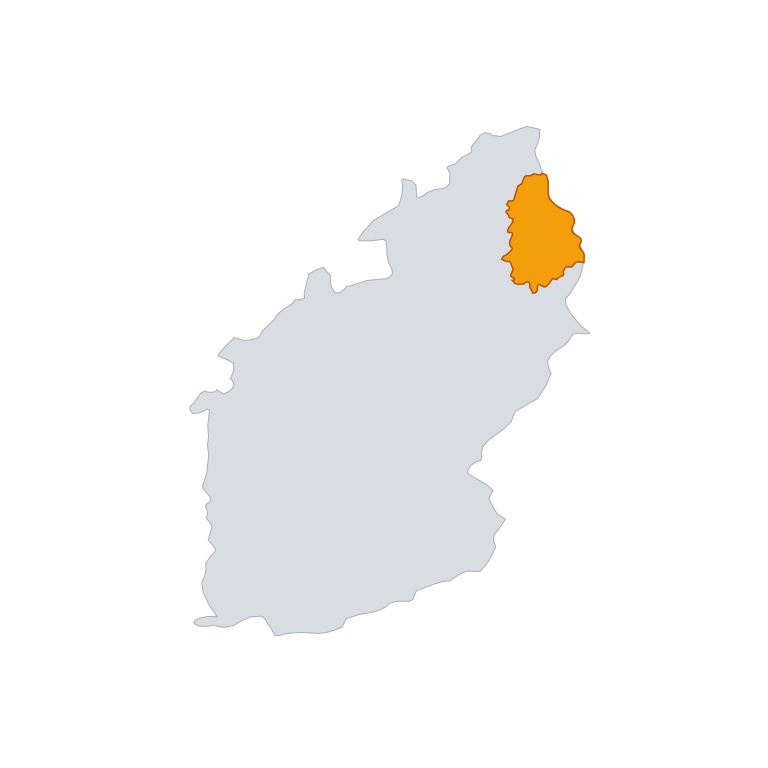 Czechia, with Zlínský highlighted, rotated 293°
{"feature_id": "CZE-10371", "entity_name": "Zlínský", "entity_type": "Region", "adm_level": 1, "iso_a3": "CZE", "parent_name": "Czechia", "parent_adm1": "", "projection": "albers", "projection_center": [17.624, 49.185], "detail": "fine", "context": "in_parent", "style": "filled", "palette": "amber", "viewbox_px": 768, "rotation_deg": 293, "n_neighbors": 0, "source": "natural_earth", "source_scale": "10m", "svg_char_len": 5528}
<svg xmlns="http://www.w3.org/2000/svg" viewBox="0 0 768 768"><g transform="rotate(293 384 384)"><path d="M679.1,428.4L676.9,428.6L671.8,430.8L665.3,431.6L658.2,431.3L652.8,435.0L647.7,441.1L642.3,445.2L639.5,449.0L637.9,452.8L619.8,463.7L617.3,468.2L615.3,474.3L614.5,482.6L613.3,490.0L610.2,493.9L600.3,497.3L597.9,499.2L596.0,502.9L590.5,508.8L584.0,514.3L572.0,520.6L559.2,522.6L542.5,520.4L532.8,517.9L528.0,520.6L521.4,528.8L514.3,542.9L511.3,553.6L509.1,550.5L505.2,539.2L500.6,537.7L494.4,536.6L489.8,534.9L479.8,528.2L474.7,526.2L468.8,525.6L463.0,529.3L458.7,533.8L445.3,533.5L430.8,531.1L410.2,515.6L404.8,515.4L399.0,515.9L390.0,512.1L372.7,501.9L364.5,499.4L359.2,500.6L354.4,502.6L351.0,502.8L349.1,499.6L342.7,495.5L336.1,494.8L334.2,497.1L331.2,518.3L328.7,525.9L319.6,525.2L316.3,528.8L308.7,538.8L307.0,548.7L294.6,546.2L288.8,544.3L283.6,545.4L277.6,550.6L261.5,549.6L249.0,545.7L244.1,533.2L238.6,528.1L231.5,523.3L229.0,522.3L225.3,515.4L218.1,506.7L206.4,494.7L196.7,494.7L193.4,491.5L192.0,487.3L188.5,479.9L184.2,474.6L178.9,472.4L171.5,465.5L161.9,451.0L153.0,440.8L143.8,440.4L138.3,435.0L132.8,428.1L128.9,421.4L123.2,405.5L118.8,396.3L115.4,390.6L111.4,385.7L110.1,382.0L115.9,374.1L118.1,370.2L120.6,367.2L122.1,363.9L122.2,361.4L118.0,353.0L112.0,346.7L103.0,340.0L97.5,332.1L95.8,325.0L95.4,321.2L91.7,315.8L88.9,308.0L89.2,303.5L90.1,302.3L93.2,302.5L96.5,305.9L101.0,312.2L104.4,321.1L107.1,317.9L112.4,309.1L121.3,299.2L130.0,293.8L137.6,293.8L143.9,292.6L149.2,289.9L158.1,291.7L164.4,294.3L166.6,293.1L169.5,287.8L171.5,283.2L186.0,281.3L191.4,272.6L194.1,272.8L197.4,271.6L200.6,268.3L203.6,267.1L205.8,268.9L208.8,270.2L212.0,268.2L217.3,258.1L220.0,256.7L232.6,255.7L249.9,250.5L258.8,245.4L267.4,242.9L276.7,238.1L291.4,233.6L292.1,231.5L285.7,226.0L283.6,222.6L282.2,219.1L284.7,215.4L287.9,214.4L292.0,216.2L303.9,218.9L307.1,221.2L308.1,226.6L310.9,231.7L313.4,232.3L312.2,240.3L315.9,243.6L321.4,246.3L325.2,245.9L328.0,242.8L329.1,240.5L336.6,240.5L344.2,237.3L345.0,231.8L344.9,221.4L345.7,219.9L357.0,223.2L368.3,228.3L369.5,238.6L372.4,243.8L375.9,248.5L379.3,250.8L385.3,251.3L400.7,257.8L408.1,259.3L415.7,263.7L422.1,268.2L426.8,269.2L428.9,274.0L431.7,277.3L436.9,274.9L455.6,271.8L462.3,276.6L466.8,281.6L467.4,283.2L464.9,287.5L463.7,290.9L461.7,293.1L455.3,295.4L451.5,299.2L448.8,303.3L450.5,307.4L455.8,310.6L459.5,311.3L460.8,314.3L472.6,327.7L481.9,345.1L485.6,347.9L489.1,348.6L493.2,346.1L497.9,340.5L503.5,336.5L508.2,334.5L516.5,329.8L516.8,326.7L510.1,314.9L506.2,305.4L507.1,303.7L515.9,305.3L530.8,310.6L553.7,327.6L557.8,327.6L565.9,326.3L574.6,323.6L578.8,320.4L580.3,321.6L581.7,330.9L579.4,335.9L568.9,340.9L569.5,343.3L572.2,346.5L576.9,348.6L582.7,354.6L586.7,361.5L590.1,364.6L594.0,366.1L603.5,362.4L606.2,359.5L607.4,357.5L609.3,357.9L612.6,361.3L613.7,363.2L623.0,367.0L628.4,371.7L631.9,373.9L635.6,371.7L650.5,375.3L654.6,378.4L655.9,383.6L655.2,386.7L657.6,394.9L676.7,414.3L678.8,424.4L679.1,428.4Z" fill="#d9dde1" stroke="#a8b0b8" stroke-width="1"/><path d="M637.6,453.6L634.3,456.2L622.4,461.0L619.8,463.5L617.7,467.0L616.0,471.2L614.9,475.7L614.6,479.4L614.6,480.2L614.8,486.3L614.2,489.3L612.4,492.5L609.7,494.9L606.8,496.3L602.0,496.0L599.8,496.3L597.9,497.5L596.7,499.9L596.2,502.0L595.5,506.2L594.8,508.1L593.1,509.7L591.4,509.8L589.5,509.5L587.3,509.9L585.9,511.1L582.8,516.4L581.2,517.8L573.9,520.6L573.2,517.6L572.4,515.1L571.8,514.1L571.1,513.2L570.2,512.6L565.4,511.1L564.8,510.7L564.5,510.1L564.2,508.7L563.8,507.4L563.2,506.4L562.9,506.1L560.8,505.3L558.2,504.9L555.3,506.4L554.6,506.6L553.9,506.5L553.4,506.2L552.4,504.7L550.8,503.4L547.6,502.0L547.4,500.0L546.9,498.6L546.6,498.1L546.1,497.8L540.6,496.6L536.9,494.8L536.4,494.4L536.1,493.9L535.9,493.2L536.2,488.9L536.1,488.0L535.9,487.3L535.3,487.0L534.7,486.9L530.3,488.4L528.8,488.4L527.1,487.6L526.4,487.1L526.0,486.5L525.8,485.8L525.9,485.2L527.3,484.0L529.7,480.7L530.1,480.3L532.5,479.4L533.6,478.6L534.0,478.0L534.2,477.4L534.1,476.6L533.9,475.8L533.6,475.3L533.2,474.9L530.9,473.5L529.8,471.9L528.6,469.3L527.8,466.7L527.7,465.5L527.9,464.6L529.4,462.0L529.5,461.7L529.6,461.9L530.0,462.6L530.3,463.0L530.6,463.2L531.0,463.3L531.5,463.1L531.8,462.7L532.1,462.0L532.5,459.5L532.7,458.8L533.1,458.3L533.8,458.1L539.6,458.0L539.9,458.1L540.2,458.1L540.6,457.9L540.9,457.5L541.3,456.9L541.8,456.3L544.9,453.3L545.2,453.0L546.0,451.3L545.2,450.3L544.5,448.0L544.7,445.7L545.0,443.5L546.7,443.7L547.3,443.8L548.6,444.3L550.8,446.2L552.7,447.2L553.5,447.4L557.3,449.1L558.2,449.3L558.7,449.1L559.3,448.6L559.7,447.9L560.1,446.9L560.6,446.2L560.9,445.7L561.4,445.3L562.6,444.7L564.1,444.1L564.8,443.9L571.1,444.0L571.7,443.9L572.3,443.7L572.7,443.3L573.0,442.9L573.1,442.3L573.1,441.7L572.9,440.8L572.3,439.5L572.2,438.9L572.4,438.5L572.7,438.2L573.8,437.8L574.8,437.7L576.1,437.7L584.0,439.3L586.3,438.2L586.1,436.8L586.1,435.4L586.1,434.7L586.3,434.1L586.6,433.7L586.9,433.4L588.0,432.7L588.4,432.4L588.7,431.9L589.3,430.2L589.6,429.6L590.1,429.2L590.5,429.0L591.0,429.0L591.5,429.2L591.9,429.5L592.7,430.5L593.3,430.7L594.4,430.8L595.6,430.5L597.0,426.9L600.9,427.0L601.2,427.2L601.5,427.6L601.8,428.1L602.2,429.8L602.5,430.5L603.0,431.0L603.6,431.3L604.4,431.5L618.2,430.0L619.0,430.4L621.7,432.2L622.3,432.5L629.1,432.3L630.6,432.9L631.1,433.4L632.9,437.3L633.5,438.0L635.1,438.9L635.6,439.6L636.0,440.3L636.3,441.2L637.1,445.1L637.4,445.9L637.8,446.5L638.3,446.9L638.8,447.1L639.8,447.1L639.7,451.9L637.6,453.6Z" fill="#f59e0b" stroke="#b45309" stroke-width="1.5"/></g></svg>